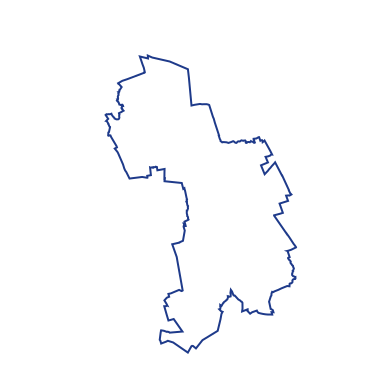 Celaya, Guanajuato, Mexico (Equal Earth projection), rotated 156°
{"feature_id": "50627088B5357256002883", "entity_name": "Celaya", "entity_type": "district", "adm_level": 2, "iso_a3": "MEX", "parent_name": "Mexico", "parent_adm1": "Guanajuato", "projection": "equal_earth", "projection_center": [-100.785, 20.522], "detail": "fine", "context": "isolated", "style": "outline", "palette": "blue", "viewbox_px": 384, "rotation_deg": 156, "n_neighbors": 0, "source": "geoboundaries", "source_scale": "gbopen_adm2", "svg_char_len": 5846}
<svg xmlns="http://www.w3.org/2000/svg" viewBox="0 0 384 384"><g transform="rotate(156 192 192)"><path d="M135.8,70.7L134.8,71.1L134.5,71.0L133.1,70.6L132.9,70.8L132.6,71.0L132.1,72.3L132.6,72.4L132.9,73.1L133.9,74.1L134.3,75.5L133.6,76.9L133.2,77.1L132.8,77.7L132.3,78.2L132.1,78.9L131.7,78.8L131.6,79.2L130.3,80.4L130.0,80.8L130.1,81.3L130.0,81.7L130.1,81.9L129.9,83.0L130.0,83.7L129.9,83.8L130.3,84.3L130.3,85.3L130.6,86.2L130.8,86.4L130.8,87.4L130.3,87.9L130.1,88.2L130.1,88.5L130.4,89.8L130.7,89.9L131.2,92.2L131.0,92.7L130.5,92.8L129.3,92.8L128.7,99.2L128.9,99.4L127.9,99.2L125.0,98.9L119.5,99.1L119.4,99.2L119.8,101.5L120.2,102.9L121.6,111.5L122.4,115.4L122.5,115.3L126.0,133.9L126.6,137.0L126.5,137.3L120.2,136.3L117.5,136.0L116.7,145.8L107.9,144.8L107.5,150.4L105.4,149.7L104.4,149.1L103.9,149.1L102.2,149.3L102.7,150.8L102.8,150.7L102.9,154.1L102.7,154.3L102.9,170.4L103.1,170.4L104.0,185.3L105.1,184.7L108.8,183.1L110.3,182.3L112.7,181.3L113.8,180.6L118.4,178.7L118.1,188.3L110.6,188.1L110.5,194.2L108.0,193.6L105.6,193.5L105.0,193.9L104.4,194.0L103.6,193.6L103.8,197.9L104.8,209.5L105.5,209.2L107.2,208.8L106.8,210.2L107.0,210.6L107.0,210.9L108.3,211.2L108.7,211.1L108.4,214.8L108.9,215.0L111.4,214.7L113.9,215.5L114.1,214.5L114.3,214.6L114.5,211.6L115.2,211.6L115.4,211.8L116.1,213.2L116.7,213.6L117.0,213.9L117.5,214.1L117.6,214.5L118.9,213.9L119.8,214.6L121.3,215.1L122.1,214.6L122.8,215.1L122.7,215.7L122.2,216.2L122.4,217.4L123.7,217.9L124.3,217.9L125.0,218.4L125.4,218.8L125.9,219.1L126.5,219.0L127.8,218.7L129.2,219.5L130.5,219.2L131.0,218.9L131.5,218.8L132.0,219.1L132.5,219.6L133.1,220.9L133.6,221.6L133.9,221.7L135.8,221.7L138.7,222.0L140.3,223.4L142.9,224.8L144.0,225.0L144.3,225.2L144.3,225.6L144.7,226.0L145.2,226.9L144.9,227.7L145.0,229.3L144.6,232.7L144.3,232.7L142.9,246.2L142.3,250.1L142.3,252.1L140.9,264.5L141.3,265.0L142.8,266.2L147.4,268.2L148.9,269.2L154.2,270.6L157.3,271.2L148.4,297.5L145.8,305.8L159.3,320.3L173.6,331.0L176.9,334.6L177.9,331.9L184.5,337.0L185.3,328.6L185.4,326.8L185.5,325.1L186.4,320.5L186.8,320.3L187.0,320.3L187.0,320.5L187.4,320.7L187.9,320.4L205.2,321.4L210.4,321.9L215.3,321.4L215.2,320.7L214.9,320.6L213.6,316.5L216.7,314.5L217.0,314.1L217.1,314.3L218.3,312.8L218.7,313.0L218.6,312.3L219.2,312.0L219.4,311.7L219.4,311.1L219.7,310.4L220.4,310.0L220.9,309.3L221.1,309.1L221.2,308.7L221.3,307.9L221.8,307.0L222.6,307.1L222.5,306.4L222.7,306.1L223.4,305.9L223.3,305.6L223.1,305.6L222.8,305.0L222.9,304.8L222.7,304.3L222.8,304.0L222.6,303.6L222.8,301.4L222.3,301.1L221.5,300.2L221.2,300.3L220.7,300.1L220.3,300.2L220.1,300.0L220.0,299.5L219.9,299.2L220.0,298.6L220.5,298.9L221.3,298.3L221.4,298.1L222.1,297.7L222.3,297.4L221.9,296.6L222.2,296.3L221.5,294.1L222.8,294.0L224.0,293.8L226.7,293.7L226.9,292.8L226.8,292.1L227.5,291.4L227.7,291.0L227.9,290.1L228.1,289.5L228.8,288.7L229.6,288.4L230.0,288.5L231.6,289.2L232.9,290.7L232.8,291.0L232.8,291.5L233.5,293.1L233.7,294.3L233.9,295.5L233.8,296.3L235.3,296.4L236.4,297.0L238.5,297.6L238.6,297.8L239.6,297.5L238.8,292.9L241.5,291.8L241.1,291.5L240.7,289.4L240.8,288.8L240.6,288.2L240.8,288.0L240.9,287.8L240.7,287.3L240.8,285.5L240.7,285.1L240.4,284.8L240.4,284.7L243.5,280.5L244.2,280.4L245.6,277.7L245.3,277.3L244.7,277.2L244.3,277.3L243.5,276.9L243.5,275.0L242.3,264.7L242.4,263.3L244.9,263.1L243.8,258.9L243.7,257.6L243.8,245.2L244.3,241.1L244.3,238.8L243.9,236.9L243.6,229.7L231.4,226.0L227.1,223.2L226.9,223.2L226.3,225.0L222.7,224.1L220.3,231.5L219.8,231.0L218.5,230.8L218.3,230.4L218.0,230.2L217.9,230.5L217.2,230.5L216.6,230.1L215.9,229.8L215.1,229.9L214.9,229.5L214.2,229.4L213.9,229.1L214.8,225.9L207.7,224.2L208.5,222.5L208.9,221.7L211.9,215.2L211.4,215.2L212.7,213.0L197.7,204.4L198.7,198.4L197.4,198.6L197.8,197.0L197.7,196.7L197.9,195.6L199.4,188.7L199.5,187.8L199.5,187.3L199.9,187.0L200.3,185.9L200.4,186.0L200.8,184.5L200.6,185.5L201.1,185.4L201.0,184.3L201.6,181.8L201.3,180.8L201.4,180.6L201.7,180.5L202.0,179.9L202.2,178.9L202.3,178.7L202.7,178.2L203.4,177.6L203.9,176.9L204.2,176.9L204.4,177.0L205.0,175.7L205.5,174.4L205.7,173.1L205.7,172.8L206.2,172.0L205.9,171.1L205.9,170.5L206.4,169.5L206.4,168.2L207.0,168.1L210.9,168.0L211.2,165.9L212.2,166.4L212.1,166.0L211.6,165.5L211.3,165.4L211.6,163.5L212.7,163.8L212.5,165.2L212.5,165.5L213.8,163.7L214.3,159.7L220.1,151.1L224.1,151.1L224.2,150.9L231.3,152.3L232.4,138.8L233.5,134.5L240.6,105.8L241.0,105.7L241.9,105.8L243.6,107.8L252.6,108.0L255.0,108.5L255.5,105.6L257.6,105.7L258.4,105.5L261.3,104.2L260.8,100.4L260.7,98.2L260.8,98.3L262.0,98.3L262.5,98.4L263.8,98.9L265.1,89.7L265.8,84.2L260.4,83.4L257.5,68.4L269.6,72.6L270.0,73.4L270.4,73.7L270.8,74.1L271.4,74.4L271.8,74.4L274.2,76.7L276.5,78.2L276.8,77.9L276.9,77.6L277.7,76.5L281.6,70.1L281.4,69.0L281.8,66.1L276.4,65.8L274.6,65.9L270.4,62.2L261.1,47.0L255.3,51.3L254.5,51.4L253.7,50.9L252.0,47.5L242.7,52.4L225.0,54.7L217.7,64.2L214.7,68.6L212.8,70.1L213.8,71.0L214.8,73.8L213.8,73.7L212.6,75.5L212.7,76.3L212.3,76.5L212.1,77.2L211.3,76.0L208.8,77.8L208.5,77.8L208.4,78.0L207.3,78.5L205.3,78.9L204.2,79.5L203.6,79.4L203.3,79.6L202.0,81.1L201.7,82.1L201.5,81.9L201.3,81.9L201.3,81.3L199.2,80.9L198.3,82.6L198.1,83.1L198.0,84.1L196.3,86.8L196.0,85.3L195.9,84.8L196.1,81.1L196.0,80.6L195.2,79.8L195.1,80.0L195.0,79.9L193.4,75.0L192.1,73.2L191.7,72.0L191.2,71.5L191.0,70.5L191.0,70.2L193.2,65.1L194.8,62.5L188.9,62.2L189.3,61.0L189.7,60.8L188.4,57.2L185.9,57.7L181.0,57.3L181.0,56.2L180.5,54.6L178.9,53.3L176.7,51.7L174.7,50.4L172.7,49.3L168.6,47.4L168.2,49.9L166.5,49.0L166.2,51.1L167.3,52.9L167.7,53.2L166.3,59.8L166.3,60.3L162.5,64.6L161.6,65.1L160.5,67.2L160.1,67.4L159.4,68.2L158.6,67.5L157.5,67.6L157.4,67.7L152.8,67.5L149.5,67.6L143.3,67.4L141.3,66.2L140.1,68.5L139.4,68.6L138.4,68.2L137.4,68.5L136.8,68.9L136.7,69.1L136.5,69.9L136.2,70.4L135.8,70.7Z" fill="none" stroke="#1e3a8a" stroke-width="2"/></g></svg>